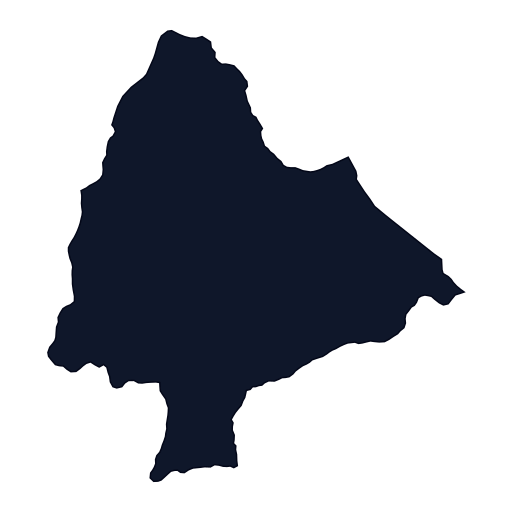 outline of Canápolis, Minas Gerais, Brazil
{"feature_id": "56859067B42327776288261", "entity_name": "Canápolis", "entity_type": "district", "adm_level": 2, "iso_a3": "BRA", "parent_name": "Brazil", "parent_adm1": "Minas Gerais", "projection": "albers", "projection_center": [-49.278, -18.757], "detail": "fine", "context": "isolated", "style": "filled", "palette": "ink", "viewbox_px": 512, "rotation_deg": 0, "n_neighbors": 0, "source": "geoboundaries", "source_scale": "gbopen_adm2", "svg_char_len": 3746}
<svg xmlns="http://www.w3.org/2000/svg" viewBox="0 0 512 512"><path d="M81.1,190.6L81.8,195.2L81.8,198.8L81.5,203.3L81.9,207.6L82.5,211.9L82.1,215.3L81.2,218.9L80.3,223.0L79.1,226.7L77.6,230.6L75.9,234.3L74.2,237.6L72.0,241.0L70.1,244.3L68.5,247.6L68.5,251.2L69.3,255.2L70.1,258.5L71.8,262.7L72.8,267.1L72.3,270.5L72.2,274.7L72.5,278.8L72.5,284.0L73.3,289.8L74.5,296.2L74.4,301.6L70.5,304.8L66.5,306.4L63.0,308.6L60.3,312.9L58.1,317.5L58.5,322.1L56.6,327.0L56.2,332.6L55.9,337.4L54.9,340.7L52.9,343.5L49.8,347.2L47.9,352.5L48.6,356.3L51.0,359.4L53.1,361.9L55.4,364.6L59.2,365.6L63.4,366.0L67.0,369.2L70.9,371.7L76.0,371.4L79.9,368.5L82.7,365.9L86.2,363.3L90.6,361.9L94.9,364.7L99.2,367.0L103.6,364.5L106.9,367.2L108.2,372.4L109.7,376.5L110.4,381.9L113.0,386.7L116.7,387.9L121.8,386.7L124.7,383.0L128.4,380.5L134.0,380.4L138.4,382.8L142.2,383.0L146.1,382.4L150.2,382.1L155.9,381.9L159.8,382.5L160.0,386.7L160.3,390.8L162.5,394.3L165.8,399.0L167.0,403.8L168.5,407.8L168.3,411.9L168.0,415.4L167.3,419.7L166.6,424.2L166.9,428.9L165.9,433.2L165.5,436.6L164.1,440.9L162.4,445.1L161.4,448.6L159.8,452.3L156.9,455.6L155.6,459.5L155.8,463.7L154.4,467.3L152.7,470.3L150.7,473.0L150.2,477.9L153.7,481.3L158.0,481.1L161.1,480.0L164.1,477.3L167.3,474.3L170.8,471.2L174.5,470.3L177.6,470.2L180.5,472.3L184.3,472.6L188.5,469.8L192.9,468.0L196.8,467.6L200.0,467.3L204.6,466.7L210.4,466.9L214.5,464.6L219.1,465.1L223.1,466.2L226.9,466.4L230.3,466.0L233.8,467.6L237.3,465.7L236.7,460.8L236.5,454.5L235.5,449.7L235.8,445.9L233.4,443.4L234.0,440.0L234.2,435.1L232.2,430.2L232.3,426.4L233.0,422.9L231.1,419.6L233.0,416.1L235.3,412.4L237.7,409.4L241.1,405.4L242.8,400.9L244.7,397.5L245.5,394.1L246.3,390.4L250.2,389.4L252.5,386.7L255.7,386.6L258.8,385.5L261.9,385.1L264.4,382.8L268.6,380.8L274.5,381.0L278.9,379.2L282.0,377.6L285.4,377.4L289.1,376.7L292.9,373.9L295.3,371.0L299.1,368.1L302.7,365.6L306.3,364.0L309.4,362.2L312.1,359.8L316.8,358.2L322.6,356.4L326.6,353.9L329.2,351.9L332.3,350.0L335.7,348.6L339.9,346.2L344.0,344.3L347.7,342.9L351.4,342.5L354.9,342.1L358.5,343.4L362.2,342.9L366.1,341.9L370.4,340.9L374.0,341.4L379.2,341.9L384.5,341.6L388.8,339.4L393.5,336.2L397.6,333.7L400.0,330.9L403.9,327.7L405.4,323.1L405.0,318.7L405.8,314.3L409.0,310.2L411.3,307.0L414.3,305.3L416.4,302.3L418.2,297.7L421.4,295.9L424.8,295.0L428.4,295.6L431.5,296.3L434.6,299.1L439.3,302.8L443.4,304.9L448.1,303.8L451.8,299.0L455.2,294.9L460.3,293.3L464.1,292.0L460.5,289.4L456.6,286.2L453.2,282.5L451.1,279.4L448.3,276.7L443.0,273.5L442.0,269.8L441.5,259.4L433.7,253.9L391.1,220.0L384.5,214.7L374.5,206.4L369.9,199.4L364.3,191.8L356.2,179.4L356.7,175.7L355.8,171.2L348.2,157.2L344.3,159.0L332.5,164.5L326.9,165.8L323.9,167.8L320.6,169.5L317.1,170.7L313.7,171.6L310.4,172.0L307.2,171.5L302.8,170.8L298.9,169.2L295.3,167.9L290.8,167.9L286.7,167.4L283.2,165.4L280.9,161.5L277.0,158.4L273.6,154.3L269.9,151.6L267.8,148.7L264.4,146.2L263.1,142.1L261.5,138.8L260.8,135.6L260.5,131.5L262.4,128.5L260.0,124.4L257.3,120.2L255.9,117.3L252.7,115.6L250.6,112.3L250.3,107.8L248.8,104.6L247.2,101.2L245.9,95.3L244.5,90.6L247.4,86.3L246.8,81.5L244.4,78.8L242.0,74.8L239.5,71.5L237.0,69.1L234.0,65.9L229.6,64.8L225.8,64.1L221.7,64.3L217.9,61.6L214.7,57.6L215.0,52.4L211.2,47.9L210.5,42.0L206.3,39.2L202.1,36.6L196.2,38.3L190.3,38.1L184.7,36.7L179.4,34.6L171.7,30.7L167.7,31.2L161.4,36.0L158.5,42.2L155.3,53.7L153.8,58.1L146.6,74.3L143.4,77.9L131.3,87.3L122.9,96.4L117.8,106.3L114.0,117.9L113.0,121.8L111.9,124.9L114.2,127.7L115.5,131.7L113.1,136.1L110.5,138.0L108.4,141.6L107.3,146.8L106.7,151.6L106.9,155.2L104.6,158.8L102.8,162.6L103.0,166.1L103.3,169.5L102.8,174.9L100.1,179.1L96.8,181.8L93.0,183.9L89.6,185.6L86.5,188.0L81.1,190.6Z" fill="#0f172a" stroke="#020617" stroke-width="1.5"/></svg>